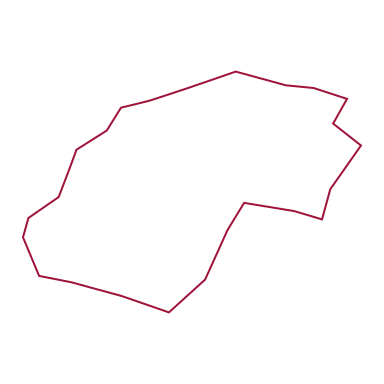 Agios Vasileios, Cyprus (Robinson projection)
{"feature_id": "46923920B32976107487407", "entity_name": "Agios Vasileios", "entity_type": "district", "adm_level": 2, "iso_a3": "CYP", "parent_name": "Cyprus", "parent_adm1": "", "projection": "robinson", "projection_center": [33.19, 35.212], "detail": "fine", "context": "isolated", "style": "outline", "palette": "rose", "viewbox_px": 384, "rotation_deg": 0, "n_neighbors": 0, "source": "geoboundaries", "source_scale": "gbopen_adm2", "svg_char_len": 437}
<svg xmlns="http://www.w3.org/2000/svg" viewBox="0 0 384 384"><path d="M39.1,275.9L71.5,282.3L90.0,287.4L121.6,296.0L168.9,312.4L205.1,279.6L227.4,230.3L244.1,202.9L294.2,211.1L322.0,219.4L330.3,189.2L361.0,145.5L333.1,123.6L347.0,98.9L313.6,88.0L285.8,85.3L235.7,71.6L186.9,88.4L149.5,100.7L121.0,107.7L106.8,130.5L76.5,149.7L69.4,169.0L58.7,197.0L28.4,218.0L23.0,237.3L39.1,275.9Z" fill="none" stroke="#9f1239" stroke-width="2"/></svg>